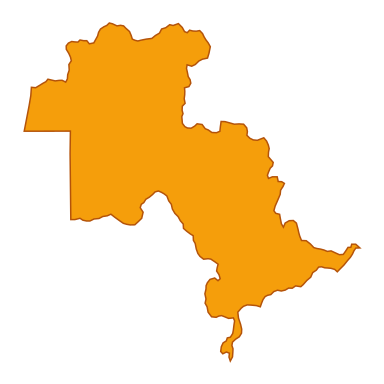 Águia Branca, Espírito Santo, Brazil (Robinson projection)
{"feature_id": "56859067B39883742727506", "entity_name": "Águia Branca", "entity_type": "district", "adm_level": 2, "iso_a3": "BRA", "parent_name": "Brazil", "parent_adm1": "Espírito Santo", "projection": "robinson", "projection_center": [-40.718, -18.996], "detail": "fine", "context": "isolated", "style": "filled", "palette": "amber", "viewbox_px": 384, "rotation_deg": 0, "n_neighbors": 0, "source": "geoboundaries", "source_scale": "gbopen_adm2", "svg_char_len": 3814}
<svg xmlns="http://www.w3.org/2000/svg" viewBox="0 0 384 384"><path d="M161.6,29.0L159.5,33.1L155.4,35.5L151.9,38.4L146.4,39.1L143.3,39.7L140.5,40.3L137.9,41.0L135.0,40.3L132.3,39.1L131.2,35.5L129.5,31.5L125.7,28.1L123.6,25.9L120.5,25.3L117.0,25.9L112.5,23.8L109.3,23.0L106.7,25.5L104.0,26.7L100.5,29.0L98.6,32.3L97.6,36.0L95.9,39.1L93.8,42.9L89.3,43.8L86.8,40.7L83.7,40.7L80.0,40.0L77.9,42.1L74.6,41.9L71.7,41.5L68.4,43.1L66.2,45.9L66.3,49.3L68.8,53.4L70.5,57.2L71.3,60.8L68.9,64.5L69.2,70.2L67.7,74.6L67.4,78.9L65.7,82.1L62.1,80.3L59.0,80.4L55.2,80.9L51.3,80.0L47.9,79.2L45.9,81.7L42.9,83.3L38.7,85.9L35.7,87.7L31.4,87.3L30.8,95.7L29.1,105.8L24.2,131.2L38.4,131.2L70.4,131.1L70.1,153.6L70.8,219.6L74.8,219.6L80.0,218.3L82.9,220.2L86.6,221.0L89.9,221.0L94.0,219.0L99.0,218.5L102.8,216.5L107.3,215.8L110.9,214.2L115.0,217.4L120.0,221.0L123.3,223.3L126.7,224.3L130.1,224.9L134.8,224.8L138.3,221.6L141.7,218.3L143.1,212.2L140.2,207.7L141.3,204.3L143.8,202.6L145.8,199.3L149.3,197.2L152.6,194.5L155.1,191.9L158.4,191.0L161.6,192.4L164.2,193.9L166.9,196.0L168.7,200.8L171.3,204.3L172.4,209.1L174.9,213.4L178.1,216.6L180.3,220.7L183.2,224.0L183.5,228.4L186.7,231.2L190.4,234.0L193.2,235.7L193.4,240.3L195.2,243.5L196.3,249.1L197.9,253.5L200.0,256.4L203.6,259.2L208.1,258.7L210.8,259.1L215.0,261.9L218.1,264.2L217.2,267.6L216.6,271.0L219.0,274.7L220.2,278.7L218.0,280.7L214.7,278.0L210.0,279.4L207.4,282.7L206.1,285.7L206.0,289.0L204.9,293.8L206.0,299.0L205.1,303.2L207.1,306.8L208.1,312.2L211.6,316.8L216.2,317.3L218.7,316.1L221.6,315.6L224.7,316.8L228.6,318.4L233.4,317.9L234.6,320.9L234.0,324.8L233.3,330.4L232.7,333.5L230.4,337.2L227.3,337.9L226.3,340.9L223.1,342.9L221.3,346.8L220.7,351.5L222.8,353.8L226.4,352.0L229.4,353.2L229.0,357.1L230.3,361.0L232.5,356.9L232.8,352.8L233.0,348.8L231.9,345.4L232.5,342.1L235.6,339.2L239.3,336.8L241.5,333.2L241.7,329.2L240.6,324.4L238.5,318.1L237.8,312.2L241.2,308.2L243.5,306.3L247.2,304.9L251.1,305.1L256.4,305.6L260.3,306.8L261.6,303.1L263.0,299.6L265.1,296.6L267.6,295.3L270.8,294.6L273.8,291.6L277.5,290.2L281.3,291.0L285.2,290.1L288.6,288.1L292.3,288.2L295.6,285.9L300.8,286.7L303.1,284.7L306.9,280.4L310.7,277.2L312.7,272.6L316.3,270.2L318.6,267.1L321.6,266.8L324.7,267.8L327.8,268.0L330.9,268.3L334.7,269.4L337.3,271.8L340.2,268.8L343.9,265.1L347.5,260.6L350.4,257.3L352.5,254.0L354.0,250.7L355.8,248.1L359.8,247.9L355.7,244.2L351.7,244.2L350.8,247.3L348.0,247.4L345.9,250.7L343.3,254.4L339.4,254.7L335.2,252.8L331.1,250.9L327.3,251.4L323.9,250.0L320.5,249.1L316.9,248.5L313.8,247.6L310.4,244.0L306.2,240.7L301.5,240.5L299.7,236.0L298.8,232.8L298.0,229.2L296.4,223.1L293.3,220.5L289.2,220.7L285.2,223.0L283.4,227.2L281.4,223.8L280.3,218.3L279.6,214.3L275.7,213.3L273.9,210.7L275.1,206.2L277.2,201.4L279.0,197.2L280.2,194.3L280.6,190.2L283.0,186.5L284.4,183.4L281.7,181.7L278.2,181.5L277.2,176.8L272.4,176.8L268.5,178.4L267.4,175.3L268.5,172.1L270.2,168.2L272.5,165.9L273.2,162.4L268.3,156.7L268.5,152.2L269.2,148.6L268.3,145.0L266.6,141.1L263.8,137.8L260.9,138.9L257.3,140.3L253.2,139.9L249.8,138.2L246.9,135.3L247.4,131.6L246.7,127.8L243.6,124.2L239.1,123.9L234.3,124.2L229.0,122.7L224.9,121.6L221.1,121.5L220.4,126.5L219.9,131.3L216.5,132.7L211.9,132.5L208.2,129.9L205.2,128.7L202.1,124.5L197.1,123.8L194.7,126.1L191.2,128.2L187.5,128.0L184.9,126.7L182.4,123.4L182.1,119.9L181.8,116.6L183.0,113.7L182.1,110.2L182.3,106.2L185.1,103.3L184.2,98.8L184.7,94.9L184.8,91.3L184.5,87.8L188.9,86.6L190.8,83.2L190.1,79.7L188.2,76.6L187.5,72.9L186.5,68.4L187.1,64.8L191.7,66.2L195.3,64.5L198.9,61.0L202.4,59.2L207.5,58.1L209.0,53.2L210.3,46.7L208.2,42.9L205.8,39.7L204.1,36.9L202.5,33.5L199.7,30.6L196.2,31.2L192.8,31.0L189.6,30.2L187.2,32.7L184.5,31.6L182.3,27.5L178.4,23.6L173.1,25.5L169.7,24.7L165.8,27.7L161.6,29.0Z" fill="#f59e0b" stroke="#b45309" stroke-width="1.5"/></svg>